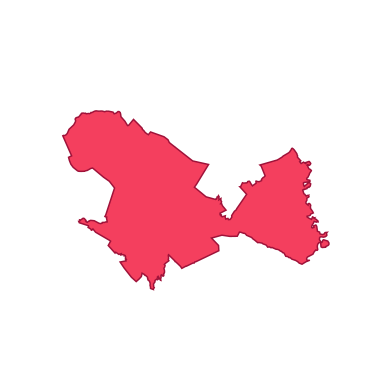 the district of Tlaltizapán de Zapata, Morelos, Mexico, rotated 314°
{"feature_id": "50627088B49217098257647", "entity_name": "Tlaltizapán de Zapata", "entity_type": "district", "adm_level": 2, "iso_a3": "MEX", "parent_name": "Mexico", "parent_adm1": "Morelos", "projection": "orthographic", "projection_center": [-99.108, 18.704], "detail": "fine", "context": "isolated", "style": "filled", "palette": "rose", "viewbox_px": 384, "rotation_deg": 314, "n_neighbors": 0, "source": "geoboundaries", "source_scale": "gbopen_adm2", "svg_char_len": 6031}
<svg xmlns="http://www.w3.org/2000/svg" viewBox="0 0 384 384"><g transform="rotate(314 192 192)"><path d="M206.4,120.5L202.9,120.8L202.5,118.9L202.3,116.8L202.7,114.6L202.6,112.7L203.2,112.0L203.3,111.3L203.6,99.5L195.8,100.1L195.0,99.5L196.3,94.6L196.8,88.6L198.5,86.5L199.3,85.1L199.2,83.7L198.5,82.9L196.2,82.7L194.2,81.7L194.6,79.7L192.2,75.9L190.7,74.3L189.1,73.4L187.7,71.0L185.3,68.7L183.7,66.6L182.3,65.7L179.3,64.7L179.1,64.1L177.9,64.2L177.1,63.8L176.5,62.9L175.0,61.8L174.7,60.7L174.4,60.7L173.3,59.0L172.2,58.0L171.7,58.2L171.4,57.9L170.1,58.3L169.7,58.1L169.4,58.3L166.9,58.3L166.0,57.5L165.1,57.3L164.8,57.0L163.7,57.1L163.1,57.5L162.5,58.7L161.4,59.4L158.1,60.3L151.7,60.0L147.5,61.6L145.3,61.6L143.8,60.9L143.4,60.2L142.7,60.0L134.4,80.3L131.2,79.1L129.4,82.1L127.8,85.7L127.2,89.4L127.7,95.0L128.2,96.1L129.8,97.9L132.4,100.4L133.0,100.5L134.8,101.7L138.8,102.9L140.2,103.9L141.2,118.0L142.3,125.1L141.1,133.5L115.4,146.0L113.2,146.5L114.4,146.4L114.4,147.3L114.2,147.9L114.5,148.2L113.9,148.5L112.0,151.3L111.4,151.7L110.8,150.9L108.9,149.9L108.6,149.3L107.7,148.6L107.0,149.0L105.7,148.1L104.9,146.8L103.4,141.6L101.3,138.9L100.7,138.5L99.6,138.3L99.6,138.1L98.7,137.8L97.5,137.8L97.1,136.6L97.3,135.7L97.7,135.8L97.9,135.5L98.1,132.9L97.5,131.9L94.5,131.3L94.0,130.6L93.6,131.4L93.0,131.4L92.2,130.8L91.6,132.3L95.8,140.9L95.3,141.5L94.3,141.9L94.7,143.3L95.0,145.3L94.6,146.0L94.8,146.4L95.2,146.5L96.6,146.4L96.1,150.6L99.9,166.1L100.1,167.6L95.3,168.9L94.6,179.1L95.7,179.0L96.3,182.7L98.4,183.9L97.3,184.5L98.9,185.7L99.5,187.1L99.0,187.6L99.8,188.1L99.4,189.1L98.8,189.5L98.2,190.4L97.9,191.4L97.4,190.9L96.7,192.4L91.7,188.9L90.2,196.0L88.6,207.7L88.8,214.1L92.7,214.4L96.0,214.3L98.9,212.5L99.6,215.0L99.4,215.1L99.4,216.2L99.7,216.4L99.8,217.0L99.8,219.0L99.6,219.5L99.1,219.9L98.9,220.6L98.2,221.2L98.3,223.0L97.7,224.6L96.7,226.0L95.9,226.4L94.7,228.3L93.9,229.0L93.9,229.5L95.0,231.9L95.2,231.6L97.0,231.3L97.2,230.3L99.1,228.2L101.6,227.8L102.7,226.8L104.9,227.1L104.8,228.0L106.4,228.4L106.7,226.2L107.8,226.2L106.6,230.6L106.8,231.0L107.6,229.8L108.8,229.3L110.6,227.5L111.5,227.8L111.2,229.1L111.4,229.7L112.2,229.8L113.8,228.2L114.3,228.4L115.3,227.9L116.5,226.6L117.6,224.8L119.3,224.4L120.5,223.6L120.7,222.4L122.7,222.5L126.5,223.1L127.1,221.6L128.0,221.3L130.1,218.8L130.6,218.7L130.5,227.5L130.2,228.0L130.4,228.2L130.5,231.0L130.5,235.3L130.0,237.7L134.6,239.2L134.7,239.5L141.5,242.0L142.4,242.9L143.7,242.6L144.5,243.2L168.4,252.1L172.0,248.2L172.4,238.0L181.7,243.5L186.4,250.1L191.6,255.3L196.1,254.0L196.9,255.0L198.1,257.7L198.8,258.6L199.0,259.5L198.8,261.4L200.7,266.4L200.6,268.7L200.9,270.3L201.2,274.5L202.2,275.3L203.9,277.9L204.0,279.1L205.2,281.7L205.3,282.7L204.9,284.8L206.2,285.7L206.8,287.6L207.7,288.1L209.2,292.2L210.2,293.5L210.7,294.7L210.9,296.6L211.4,297.5L211.4,299.5L211.9,300.1L211.9,301.0L210.9,304.1L212.0,305.6L212.2,307.4L213.0,308.2L213.0,310.3L214.8,314.2L215.3,316.4L215.3,318.5L216.5,321.3L221.1,322.5L224.2,323.9L224.3,323.7L223.2,322.7L223.0,321.6L223.3,321.1L223.9,320.6L225.4,320.2L231.3,322.2L233.6,321.5L236.1,321.3L236.4,321.4L236.8,322.4L237.3,322.6L238.0,322.4L239.6,320.2L240.6,319.4L241.8,318.7L243.8,318.5L244.7,319.4L244.5,320.2L242.2,322.9L242.5,324.2L245.1,326.5L245.6,326.1L248.1,327.0L249.1,327.0L249.7,326.7L250.5,325.8L251.0,323.7L249.2,320.1L248.8,319.7L247.8,319.7L246.6,320.4L245.9,320.3L245.7,319.0L246.2,316.8L247.7,315.6L248.6,315.5L249.4,315.9L250.8,317.9L252.1,318.8L253.7,319.2L254.5,319.1L256.0,317.2L256.8,317.2L255.4,316.0L255.0,315.9L253.4,316.2L251.9,315.3L250.8,313.2L251.8,311.6L250.9,309.5L254.0,305.5L254.3,304.0L252.2,303.0L251.3,304.3L249.8,303.6L249.6,302.9L249.9,302.4L251.7,301.4L253.5,301.1L255.7,300.3L256.7,302.4L257.4,302.5L258.0,303.5L258.6,303.0L258.6,300.5L258.0,298.0L258.6,298.0L257.9,297.4L258.1,296.6L257.8,296.0L255.3,297.0L254.3,294.0L254.0,292.2L254.5,291.6L256.5,292.9L257.3,293.2L258.6,292.7L261.2,293.8L261.8,292.2L262.5,288.7L263.9,287.2L264.6,286.9L265.0,286.4L265.3,285.3L265.3,284.5L264.9,284.0L264.3,283.8L263.2,284.6L263.0,282.4L263.1,281.8L263.9,280.9L266.0,280.3L267.3,278.9L269.5,279.5L270.1,279.2L270.3,278.3L270.7,278.2L269.3,277.1L268.6,277.0L268.3,276.3L268.7,274.9L268.5,273.6L270.3,270.3L271.8,270.7L271.7,271.0L274.3,272.3L274.5,271.9L276.6,272.4L276.6,272.9L278.1,273.0L279.5,272.3L280.4,271.6L280.3,269.4L274.0,268.9L274.4,267.7L275.6,266.1L276.1,265.8L276.9,266.1L280.6,269.1L281.8,269.4L282.3,268.6L280.9,266.4L280.8,265.8L281.2,265.3L282.2,265.0L283.5,265.1L284.6,264.6L285.9,264.3L286.8,263.7L290.2,263.1L290.4,262.9L290.4,261.4L289.9,260.0L290.6,257.9L291.0,257.5L291.2,256.0L291.7,256.0L292.3,256.8L292.0,257.1L292.7,257.9L294.0,258.0L295.0,257.6L295.2,257.0L295.4,255.2L295.2,254.9L292.5,253.5L292.5,254.0L291.3,253.8L291.0,251.5L288.3,250.7L288.6,248.4L290.0,248.6L290.3,243.7L291.5,242.6L291.9,241.4L292.4,240.8L293.3,236.2L293.3,234.6L293.1,233.7L292.5,233.5L291.0,234.0L289.4,234.2L289.1,234.4L287.3,234.3L281.2,232.6L279.4,232.5L274.2,231.1L258.6,222.1L258.7,223.8L254.4,233.4L252.4,233.4L251.8,233.1L249.4,233.2L248.5,234.1L246.2,233.2L245.2,232.1L244.4,230.5L244.0,230.6L242.9,232.0L238.4,231.2L238.9,228.6L239.6,226.4L239.5,225.6L238.2,224.8L237.3,225.2L236.6,225.0L234.3,223.0L233.7,221.9L229.5,223.3L229.0,222.8L228.3,232.9L210.9,235.8L210.1,236.2L207.5,235.9L202.6,236.9L201.6,238.1L199.2,238.5L198.7,238.5L198.2,237.9L197.7,237.8L197.4,237.3L198.0,236.3L197.5,235.8L196.0,235.2L197.0,233.1L198.0,232.5L195.1,230.9L195.0,229.6L195.8,229.3L195.9,229.1L195.3,228.8L195.1,228.1L195.4,227.7L196.0,227.6L196.2,226.9L202.6,229.1L203.2,223.8L203.5,222.8L204.1,221.7L203.5,220.8L204.2,220.8L205.6,220.0L205.9,219.1L205.9,218.6L206.5,218.1L207.4,217.3L205.2,216.8L205.7,216.5L206.1,215.7L207.4,214.8L207.7,213.6L206.5,214.1L206.0,213.5L204.2,214.4L203.9,214.4L203.8,214.0L203.0,214.1L198.3,205.5L197.1,190.4L200.5,189.9L223.3,184.8L214.8,170.9L212.0,143.7L211.8,141.3L212.9,138.5L212.3,133.5L206.4,120.5Z" fill="#f43f5e" stroke="#9f1239" stroke-width="1.5"/></g></svg>